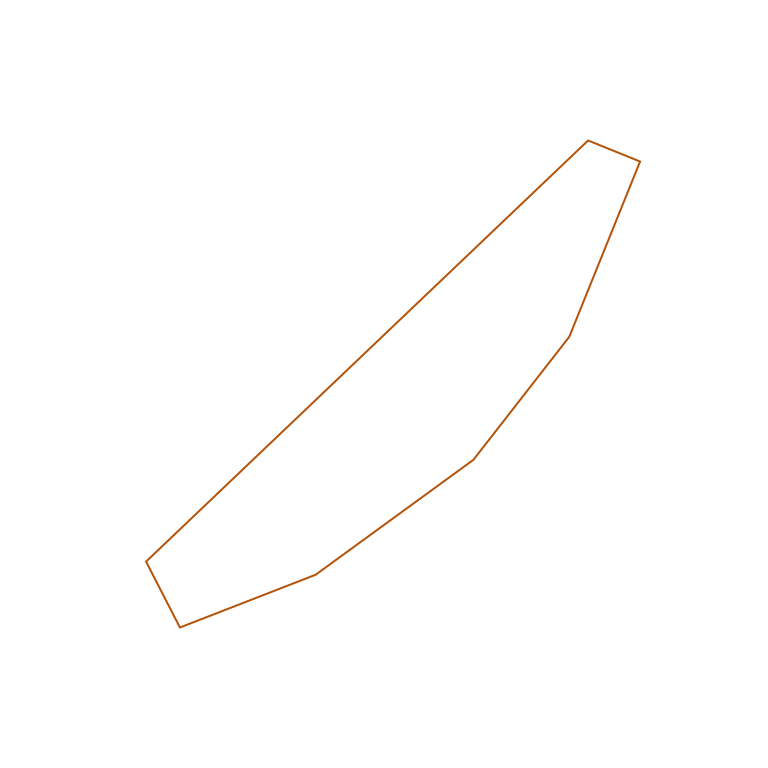 outline of Penrhyn, rotated 292°
{"feature_id": "COK-4962", "entity_name": "Penrhyn", "entity_type": "state/province", "adm_level": 1, "iso_a3": "COK", "parent_name": "Cook Islands", "parent_adm1": "", "projection": "orthographic", "projection_center": [-157.971, -8.964], "detail": "fine", "context": "isolated", "style": "outline", "palette": "amber", "viewbox_px": 768, "rotation_deg": 292, "n_neighbors": 0, "source": "natural_earth", "source_scale": "10m", "svg_char_len": 261}
<svg xmlns="http://www.w3.org/2000/svg" viewBox="0 0 768 768"><g transform="rotate(292 384 384)"><path d="M686.2,538.1L497.2,538.1L347.2,495.3L181.6,392.1L81.8,286.0L130.2,229.9L686.2,482.0L686.2,538.1Z" fill="none" stroke="#b45309" stroke-width="2"/></g></svg>